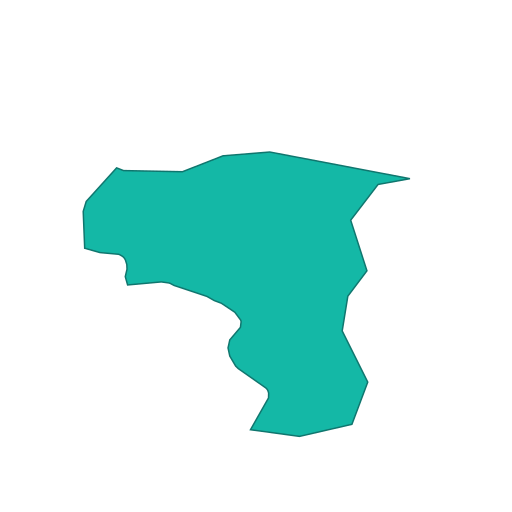 Croydon, orthographic projection, rotated 303°
{"feature_id": "GBR-2065", "entity_name": "Croydon", "entity_type": "London Borough", "adm_level": 1, "iso_a3": "GBR", "parent_name": "United Kingdom", "parent_adm1": "", "projection": "orthographic", "projection_center": [-0.107, 51.353], "detail": "fine", "context": "isolated", "style": "filled", "palette": "teal", "viewbox_px": 512, "rotation_deg": 303, "n_neighbors": 0, "source": "natural_earth", "source_scale": "10m", "svg_char_len": 779}
<svg xmlns="http://www.w3.org/2000/svg" viewBox="0 0 512 512"><g transform="rotate(303 256 256)"><path d="M161.8,164.1L167.5,157.6L174.7,155.0L178.5,152.3L181.5,148.7L182.3,147.2L182.8,145.8L183.0,144.3L182.9,141.3L182.6,139.8L173.9,123.3L169.2,108.1L199.3,86.8L209.3,83.9L254.0,91.1L255.5,98.4L286.6,148.4L322.1,173.8L350.7,210.9L404.7,343.0L382.5,319.4L337.6,315.9L304.0,357.1L272.3,354.9L240.1,369.1L211.1,418.4L167.1,428.1L128.4,390.7L107.3,346.0L143.8,343.8L148.0,341.2L149.7,339.1L150.3,337.8L150.7,336.1L151.9,302.5L152.6,298.9L157.8,288.5L163.7,282.6L171.4,279.7L187.7,281.8L192.8,279.3L193.9,278.1L197.3,268.9L197.5,252.6L195.9,245.3L195.4,236.9L186.7,203.4L186.3,198.9L185.9,197.5L182.7,190.7L161.8,164.1Z" fill="#14b8a6" stroke="#0f766e" stroke-width="1.5"/></g></svg>